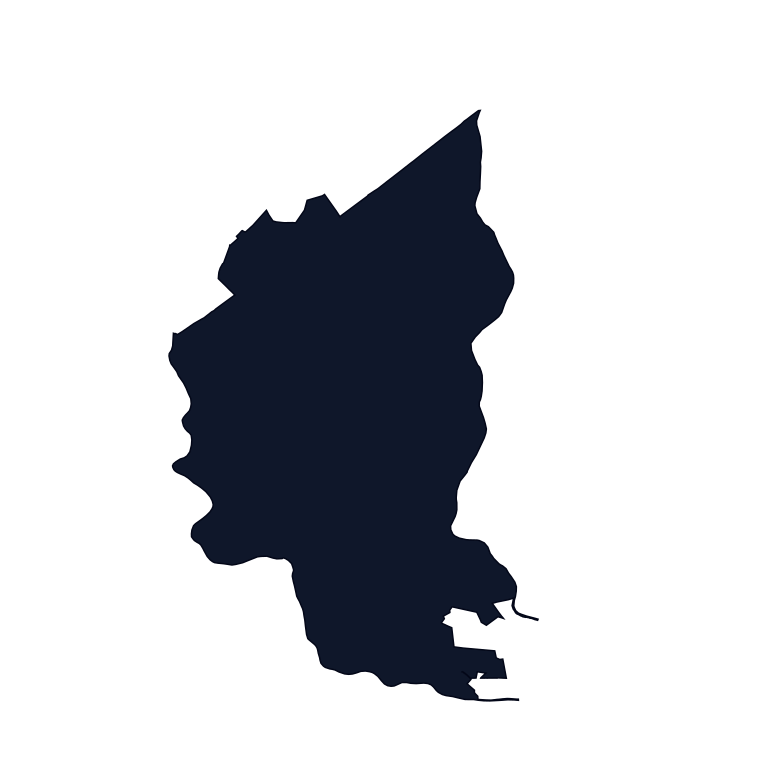 the district of Ceraukstes pag., Bauska, Latvia, rotated 196°
{"feature_id": "27541924B26132540947548", "entity_name": "Ceraukstes pag.", "entity_type": "district", "adm_level": 2, "iso_a3": "LVA", "parent_name": "Latvia", "parent_adm1": "Bauska", "projection": "mercator", "projection_center": [24.276, 56.363], "detail": "fine", "context": "isolated", "style": "filled", "palette": "ink", "viewbox_px": 768, "rotation_deg": 196, "n_neighbors": 0, "source": "geoboundaries", "source_scale": "gbopen_adm2", "svg_char_len": 6142}
<svg xmlns="http://www.w3.org/2000/svg" viewBox="0 0 768 768"><g transform="rotate(196 384 384)"><path d="M167.6,117.0L168.0,118.1L169.3,117.7L176.5,116.2L178.9,115.6L183.4,113.9L187.0,112.4L188.0,112.1L190.3,111.1L194.0,109.6L199.6,108.2L203.3,107.4L205.6,106.9L206.9,107.0L207.8,109.7L211.7,111.9L212.8,114.4L212.7,114.6L221.5,118.7L219.0,124.0L219.4,124.4L220.3,125.0L221.2,125.5L222.2,126.0L223.2,126.5L227.4,128.3L228.1,128.5L228.8,128.7L229.6,128.8L229.5,129.0L228.6,128.9L228.1,128.8L227.7,128.7L227.2,128.6L223.2,126.8L222.2,126.3L221.1,125.8L220.5,125.4L219.9,125.0L214.5,126.7L215.0,133.1L206.4,134.2L208.9,130.0L209.7,128.7L210.0,128.0L210.0,127.9L209.4,128.1L205.0,129.4L203.9,129.7L200.5,130.7L199.1,131.1L197.5,131.6L195.4,132.2L193.9,132.6L193.7,132.9L185.3,134.9L194.0,152.3L196.8,151.1L200.6,151.6L204.0,158.0L235.0,152.0L244.3,150.6L251.7,168.4L255.1,168.8L257.2,169.1L258.9,169.4L261.9,169.8L263.0,170.4L261.3,175.0L263.0,177.2L257.7,182.5L258.5,184.8L257.1,188.6L231.9,190.2L226.1,183.6L224.8,181.8L219.1,180.3L211.6,190.0L210.4,191.7L206.5,191.7L204.6,191.6L205.7,192.4L206.9,193.1L208.3,194.2L210.6,195.9L214.7,199.2L219.5,203.0L217.1,204.4L216.0,205.2L204.9,211.0L200.5,213.9L200.2,211.2L199.8,206.3L199.3,205.5L197.7,203.2L196.5,202.3L195.8,201.7L195.2,201.1L194.5,200.4L193.3,199.8L192.7,199.6L191.4,199.5L190.1,199.2L188.9,198.9L188.6,198.8L187.6,198.8L186.3,198.5L185.7,198.6L185.2,198.6L184.8,198.7L184.2,198.7L183.4,198.8L183.2,199.0L181.9,199.2L181.5,199.1L180.7,199.2L179.8,199.4L179.4,199.1L178.6,199.2L177.8,199.4L174.7,199.2L174.4,199.1L171.9,199.2L171.2,199.2L171.1,200.4L174.4,200.4L183.1,200.2L188.6,200.5L191.6,200.8L194.9,202.4L197.0,204.8L198.1,206.4L199.1,211.8L199.1,216.0L199.8,221.4L200.9,225.7L203.6,229.6L208.5,233.8L212.1,236.5L215.8,240.1L219.8,241.8L222.2,242.3L223.8,242.8L230.5,246.6L232.3,248.2L233.8,249.3L235.1,250.2L239.2,255.8L243.8,258.9L249.4,259.8L251.5,259.6L259.1,257.6L262.2,257.0L269.2,256.6L273.9,257.4L276.3,258.5L279.6,262.3L280.9,266.0L279.1,276.2L279.0,279.5L279.3,283.1L281.3,289.9L282.6,292.7L283.3,294.9L284.7,301.9L284.1,311.7L281.1,318.8L279.8,322.2L279.9,323.5L278.3,332.5L275.8,341.5L272.8,359.7L272.6,365.0L273.2,369.0L276.0,374.2L279.1,379.1L283.6,385.2L286.4,389.0L287.4,393.0L287.0,395.6L287.1,398.9L287.8,404.2L289.8,412.5L292.1,419.5L294.1,422.9L296.7,426.4L299.2,428.0L303.3,432.6L309.1,440.3L311.7,447.1L309.2,454.4L306.3,459.8L304.8,463.3L300.4,469.0L298.1,472.1L295.3,476.0L292.4,480.3L291.7,482.1L290.6,485.2L290.1,494.2L289.6,498.6L288.9,501.8L287.6,507.7L287.1,511.5L287.2,516.6L288.5,521.5L289.6,524.4L291.3,527.0L293.8,529.5L296.0,531.4L304.2,540.6L305.4,542.1L307.2,544.4L313.3,550.8L316.3,554.7L318.8,557.8L320.3,560.1L327.0,564.0L330.8,564.8L333.8,566.9L337.0,570.0L341.6,573.3L345.8,580.4L346.4,583.4L346.4,588.9L345.7,598.1L347.6,605.3L349.3,612.7L351.0,619.7L352.5,623.8L353.0,628.1L354.3,634.6L359.9,648.4L366.2,658.4L367.6,662.5L367.2,671.4L366.9,673.5L368.6,672.8L373.9,665.9L375.8,663.3L377.1,661.5L379.3,658.8L380.7,656.3L381.5,654.9L385.3,649.7L388.2,646.0L391.6,641.5L394.0,638.3L402.8,626.2L410.3,616.0L413.9,610.9L417.7,605.6L418.6,604.5L429.7,589.2L436.4,580.1L443.8,569.9L444.6,569.0L446.5,566.9L451.4,561.2L451.6,560.2L459.4,550.0L466.7,540.4L472.5,532.8L472.5,532.7L477.7,537.2L478.6,537.9L493.3,549.7L493.4,549.8L495.1,547.9L500.3,544.6L508.5,539.4L508.4,531.8L508.4,529.1L513.3,514.6L516.4,513.9L524.0,511.6L525.8,511.2L531.7,510.2L531.9,510.1L535.4,510.1L535.5,509.9L541.2,514.7L544.9,518.6L553.8,500.3L555.4,497.8L558.7,492.4L559.0,492.1L559.6,491.9L560.0,491.8L562.4,492.4L562.6,492.3L562.9,492.0L563.2,491.4L564.7,488.4L566.0,486.1L566.5,485.3L564.4,483.7L570.3,474.5L570.5,474.6L570.3,473.5L570.5,470.6L571.5,456.3L571.4,456.2L572.3,455.0L573.4,450.2L573.5,446.1L573.1,443.5L572.3,439.6L562.1,434.1L558.6,432.1L555.5,430.5L551.9,428.4L553.6,426.3L559.5,418.7L562.6,414.7L566.3,409.9L567.6,407.7L569.5,405.9L575.2,398.0L577.2,396.1L579.2,394.0L583.3,389.8L592.4,378.7L595.7,375.1L596.4,374.6L596.5,374.7L596.8,374.8L597.4,374.9L598.0,374.9L598.5,375.0L599.0,374.9L599.3,374.5L600.4,374.7L597.6,362.3L597.6,357.9L598.8,354.1L598.4,351.7L596.4,347.7L594.1,344.7L591.1,342.4L586.6,338.8L583.8,335.3L580.1,332.3L577.0,329.8L573.1,325.6L569.3,320.8L565.7,316.7L563.8,311.8L563.4,308.2L563.6,304.8L564.9,302.0L566.2,299.6L567.5,296.5L568.0,293.7L567.3,292.1L565.1,288.4L562.8,286.2L560.0,284.4L557.2,283.2L555.2,281.6L553.3,277.3L552.2,272.1L551.9,265.3L553.5,260.6L555.7,258.0L559.2,255.7L562.5,252.0L564.4,249.2L564.7,247.0L563.9,245.5L562.3,243.7L560.6,242.7L558.3,242.0L554.6,241.4L550.4,240.9L546.5,239.7L543.5,238.4L539.7,236.5L535.5,235.4L530.9,233.8L525.5,231.4L519.9,227.6L516.9,224.4L515.0,221.2L514.6,219.0L514.9,216.6L516.0,213.1L518.5,208.6L521.0,205.0L523.6,201.6L526.7,197.7L528.0,195.3L528.4,190.7L527.8,186.9L526.9,184.1L524.8,182.4L523.2,181.3L520.0,180.3L517.7,179.8L515.7,178.8L512.8,176.1L510.8,173.9L506.4,169.5L502.7,167.1L499.9,166.0L497.6,165.6L494.4,166.0L488.9,167.0L485.4,167.5L480.3,168.1L476.8,169.7L470.5,173.3L467.2,175.9L458.0,183.0L454.7,184.4L449.1,186.2L442.7,186.1L438.8,186.4L433.8,188.1L432.8,189.2L430.5,189.0L427.3,188.1L423.3,185.9L421.2,182.9L419.6,180.3L419.5,179.1L419.6,176.6L419.2,174.0L416.7,169.2L414.4,165.3L412.0,160.9L409.4,156.0L407.8,154.2L405.2,151.6L402.0,147.6L400.3,145.6L398.6,142.8L396.9,139.0L395.1,135.4L392.7,129.5L389.4,121.9L387.0,118.2L385.5,117.4L381.2,115.5L379.2,114.6L377.6,113.7L375.7,112.0L374.5,110.2L372.9,107.0L370.4,103.1L369.3,100.8L367.5,98.1L364.4,96.1L362.3,95.4L357.4,95.2L355.4,95.5L352.3,95.6L348.1,94.8L341.9,94.5L337.9,95.2L334.3,96.6L330.6,98.9L327.1,101.4L322.7,103.0L318.3,103.5L315.8,103.5L313.5,103.0L309.3,101.3L304.7,98.1L300.9,95.8L297.3,95.0L293.9,95.4L291.1,96.5L289.7,97.6L284.5,102.0L279.9,103.3L275.7,103.7L270.5,104.9L263.3,107.5L259.1,108.2L255.7,107.8L252.9,106.4L249.2,103.8L246.8,102.6L242.3,101.6L238.4,101.6L231.8,102.5L226.8,102.7L219.3,103.1L216.6,103.8L211.0,105.4L206.2,106.0L200.8,107.0L195.1,108.5L189.3,110.5L185.0,112.0L177.9,114.6L171.7,116.2L167.6,117.0Z" fill="#0f172a" stroke="#020617" stroke-width="1.5"/></g></svg>